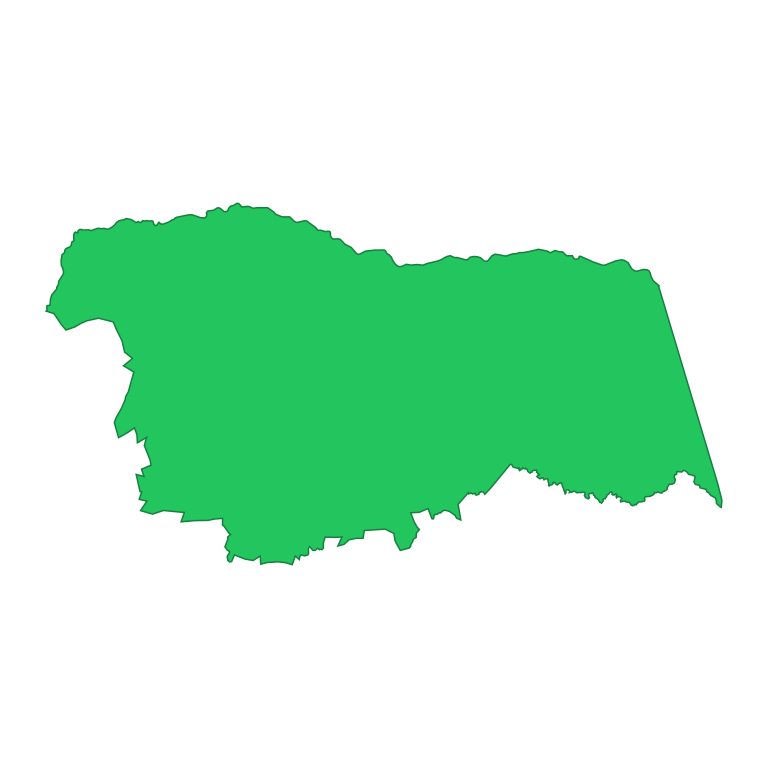 outline of Vhembe, Limpopo, South Africa
{"feature_id": "47623444B95982048670815", "entity_name": "Vhembe", "entity_type": "district", "adm_level": 2, "iso_a3": "ZAF", "parent_name": "South Africa", "parent_adm1": "Limpopo", "projection": "albers", "projection_center": [30.242, -22.781], "detail": "fine", "context": "isolated", "style": "filled", "palette": "green", "viewbox_px": 768, "rotation_deg": 0, "n_neighbors": 0, "source": "geoboundaries", "source_scale": "gbopen_adm2", "svg_char_len": 6090}
<svg xmlns="http://www.w3.org/2000/svg" viewBox="0 0 768 768"><path d="M335.5,537.4L342.0,536.9L337.9,546.0L344.1,544.3L349.0,539.8L356.0,538.4L363.1,538.2L364.3,530.5L385.2,529.1L393.9,533.5L395.1,541.0L400.3,550.4L409.1,548.1L410.6,546.6L410.8,544.4L412.5,542.0L413.4,539.2L416.2,537.4L416.3,533.3L419.4,529.6L417.0,526.9L414.2,521.8L410.7,512.8L419.2,512.3L428.1,508.6L431.9,518.7L433.0,519.0L433.6,518.6L434.3,514.6L437.1,514.3L439.6,512.6L440.6,512.9L443.6,510.3L445.9,510.4L449.4,511.4L454.9,515.2L456.6,518.2L460.8,520.0L458.1,504.4L468.4,492.6L469.2,493.3L469.1,493.8L471.2,493.0L472.4,494.0L475.3,493.2L475.4,494.8L476.5,495.1L479.0,494.2L479.2,492.4L480.7,492.2L480.9,491.7L483.3,491.9L484.8,494.3L491.1,487.6L510.4,464.2L512.0,464.9L513.0,467.0L517.4,468.3L519.1,468.1L518.8,469.3L519.5,470.6L520.6,470.0L520.8,469.3L522.6,468.8L522.8,468.0L524.5,468.8L525.5,468.3L525.9,469.0L527.2,469.4L527.8,471.5L530.1,473.2L530.9,472.3L531.9,472.2L532.9,470.5L536.7,470.2L536.7,472.4L539.3,474.4L538.7,475.2L537.9,475.1L536.9,476.7L539.6,478.7L540.8,478.6L541.5,477.7L543.0,478.1L544.0,479.8L544.5,479.3L547.2,478.6L547.7,479.1L548.7,483.9L548.6,485.4L549.1,486.0L549.9,485.2L552.1,484.7L553.1,483.6L553.0,482.6L553.6,482.3L555.0,482.7L555.5,483.9L557.3,485.0L559.2,483.3L561.4,482.9L565.2,493.9L566.0,492.9L565.9,490.3L566.5,489.8L568.2,489.8L568.8,490.3L569.6,491.4L569.4,492.5L570.3,491.9L571.3,492.4L574.2,491.1L577.2,492.9L578.8,492.4L580.7,492.7L583.0,492.0L584.4,492.3L585.3,493.5L584.4,495.3L585.5,497.6L588.3,498.9L589.4,497.7L588.5,494.5L590.0,493.4L591.1,493.6L592.3,492.8L593.0,493.2L593.7,495.2L595.0,496.2L595.0,497.3L598.3,499.6L599.8,502.3L600.9,502.5L601.4,503.2L603.2,501.1L603.0,499.3L603.5,498.8L605.3,498.7L605.5,497.7L606.5,496.9L607.0,495.0L608.4,494.3L609.8,492.5L611.2,491.7L612.3,493.1L611.9,494.2L612.7,494.9L614.0,495.1L615.9,493.9L616.2,495.0L617.0,495.3L616.1,496.6L616.6,497.8L617.5,496.9L618.9,496.6L620.4,497.1L621.5,498.0L621.6,498.5L620.4,500.7L620.6,501.9L624.2,501.0L626.8,502.1L629.3,502.4L631.2,505.1L632.7,505.7L633.8,505.5L635.0,504.3L636.0,504.9L638.8,501.9L641.4,501.9L644.4,501.1L645.0,499.9L644.4,498.5L645.2,496.8L650.2,496.3L653.8,494.5L654.4,492.5L656.0,492.9L658.2,491.8L659.3,492.6L661.8,493.1L663.5,491.2L664.4,491.2L666.0,490.3L667.1,489.3L667.2,487.5L669.4,484.3L672.1,484.2L674.4,483.0L675.4,479.2L674.2,477.7L674.8,474.7L676.5,474.4L676.9,471.6L681.8,472.0L683.7,470.3L685.3,470.9L687.3,472.4L688.6,474.4L692.4,475.1L694.9,476.4L695.1,477.3L693.9,481.8L695.4,484.4L699.5,485.3L700.0,487.7L700.5,488.0L706.1,489.3L706.9,491.8L708.2,492.4L710.9,495.5L715.3,497.9L716.3,500.4L716.5,503.6L720.1,506.8L721.3,507.4L721.9,500.2L717.6,483.3L658.6,286.2L659.1,285.8L653.4,280.9L651.2,277.0L650.1,272.8L648.9,270.8L647.4,269.9L643.9,269.4L636.6,271.2L634.6,270.9L631.6,268.7L628.2,262.7L624.8,260.6L622.1,259.8L616.3,260.7L605.2,265.0L602.9,265.3L593.2,262.0L580.3,256.2L579.2,256.5L578.6,258.3L577.9,259.0L575.5,259.3L573.6,258.2L572.4,255.7L566.7,255.8L562.6,251.9L559.3,251.8L555.0,250.5L550.4,252.8L547.3,251.1L538.5,249.3L528.4,251.7L522.9,252.6L519.3,252.6L516.6,253.6L512.1,254.0L506.1,256.1L496.2,254.3L494.6,254.3L491.9,255.8L488.4,260.2L486.5,261.3L484.3,261.1L480.3,257.6L477.1,256.7L473.6,256.5L470.1,257.2L467.7,259.5L466.4,260.0L457.4,257.6L454.4,257.5L450.3,255.7L446.8,256.5L440.8,259.9L437.8,261.0L427.2,263.5L422.9,265.2L417.5,264.5L411.2,265.1L406.1,264.3L402.5,266.2L399.5,266.7L397.6,266.1L395.3,264.1L393.4,261.5L391.2,256.9L389.2,254.9L386.8,253.5L385.7,251.1L384.4,250.0L374.8,250.1L365.6,251.1L359.4,254.2L357.7,254.2L356.5,253.6L351.3,247.5L344.8,244.1L340.3,239.4L338.3,238.8L333.5,239.1L332.0,238.4L330.5,236.0L330.5,232.9L329.9,231.6L328.3,231.2L325.4,231.6L320.8,230.2L317.8,230.3L315.4,227.3L306.5,220.9L304.0,220.8L297.5,222.4L296.0,222.2L294.2,221.3L289.7,216.9L282.3,216.9L275.7,214.3L273.9,212.1L267.6,207.7L257.0,207.7L253.1,208.3L248.9,206.5L246.8,206.4L241.9,207.0L239.3,204.0L237.8,203.3L236.8,203.4L233.7,205.3L230.5,206.2L229.0,207.8L227.6,210.8L226.0,211.8L223.8,211.4L220.3,208.4L218.3,207.7L216.9,208.1L213.8,210.2L207.8,211.0L206.5,212.6L206.7,215.9L205.0,218.0L200.6,217.7L192.2,214.8L188.7,214.8L176.6,217.3L174.8,218.2L173.8,219.6L172.1,219.9L168.7,222.1L162.9,224.2L160.3,223.8L159.5,222.5L158.7,222.3L157.1,224.9L155.5,225.7L153.9,224.4L153.0,221.3L152.1,220.8L149.2,221.1L146.7,220.5L144.5,221.1L142.8,220.6L141.0,222.4L139.5,222.5L138.2,221.5L136.1,222.6L131.1,219.5L126.1,218.5L124.2,219.6L119.0,220.7L116.4,222.6L114.8,224.8L112.7,226.6L108.9,229.0L106.9,229.2L104.3,228.4L101.4,228.7L97.9,228.2L91.1,230.6L88.6,229.8L82.9,230.1L81.9,229.5L79.8,229.4L78.2,230.6L77.7,232.7L75.4,232.1L74.2,233.1L73.7,235.4L73.9,240.6L71.7,242.2L71.2,245.5L69.6,247.1L66.0,248.5L64.8,250.2L64.5,252.7L62.0,254.7L61.1,260.5L61.4,265.6L62.8,268.4L63.5,271.3L63.4,273.8L58.7,281.3L58.4,284.4L56.7,287.4L56.7,289.0L51.8,294.8L50.5,299.0L50.0,305.2L47.0,305.7L46.8,307.2L47.1,310.1L46.1,311.1L54.0,313.6L61.3,324.5L65.9,330.0L74.7,327.0L81.0,323.3L86.8,320.8L98.4,318.2L113.3,321.9L115.9,328.4L122.1,341.0L124.6,352.1L132.5,358.4L123.5,365.8L133.8,372.0L128.3,391.9L125.8,396.4L124.9,400.5L121.0,409.1L116.4,417.2L114.3,422.4L118.6,437.7L127.6,432.6L134.5,427.9L136.9,434.6L137.4,442.8L146.6,437.4L144.3,445.5L150.0,459.8L151.0,465.2L141.5,469.2L144.0,476.5L136.2,474.4L140.0,491.6L141.7,491.7L139.2,499.4L146.9,501.1L140.5,510.6L152.6,514.1L163.4,510.5L184.3,512.5L181.1,521.8L195.2,520.6L208.0,520.4L214.6,519.0L222.6,518.4L222.5,525.1L224.3,526.5L229.0,533.3L230.5,534.5L227.7,537.1L227.8,539.3L224.9,546.9L227.4,550.2L229.5,551.6L229.3,553.2L227.6,555.5L227.2,557.0L227.8,560.3L229.4,561.9L231.6,561.6L234.4,554.9L244.8,559.0L253.1,560.5L260.3,556.1L260.7,564.2L266.7,562.6L277.9,561.8L285.7,562.7L292.3,564.7L295.2,556.1L299.3,559.6L299.8,556.6L300.7,555.0L301.4,554.9L304.6,555.9L307.8,555.0L308.6,553.5L308.4,548.6L309.5,546.5L312.9,550.4L315.4,550.4L317.2,548.3L319.5,549.6L319.9,549.1L321.9,549.7L323.3,548.2L323.4,542.8L325.2,537.1L335.5,537.4Z" fill="#22c55e" stroke="#15803d" stroke-width="1.5"/></svg>